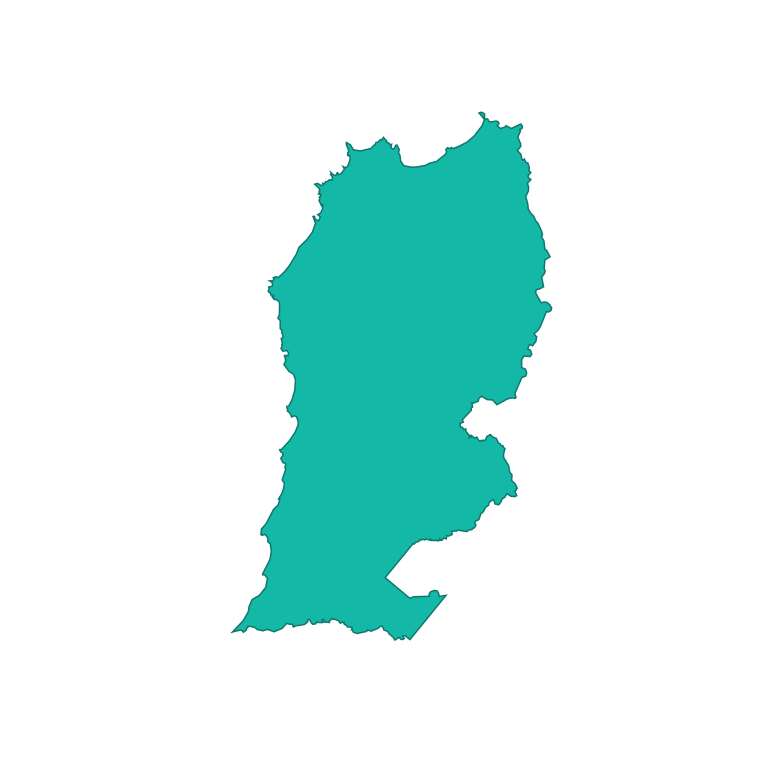 the district of Ahanta West Municipal, Western, Ghana, rotated 129°
{"feature_id": "2480657B81057694902297", "entity_name": "Ahanta West Municipal", "entity_type": "district", "adm_level": 2, "iso_a3": "GHA", "parent_name": "Ghana", "parent_adm1": "Western", "projection": "natural_earth1", "projection_center": [-1.968, 4.851], "detail": "fine", "context": "isolated", "style": "filled", "palette": "teal", "viewbox_px": 768, "rotation_deg": 129, "n_neighbors": 0, "source": "geoboundaries", "source_scale": "gbopen_adm2", "svg_char_len": 6168}
<svg xmlns="http://www.w3.org/2000/svg" viewBox="0 0 768 768"><g transform="rotate(129 384 384)"><path d="M378.7,224.1L374.1,227.3L373.4,230.8L369.0,235.8L365.9,244.6L363.1,247.1L358.1,249.3L358.1,251.4L357.2,252.6L358.1,255.2L357.4,256.2L357.8,257.9L355.6,262.6L356.7,265.7L356.4,269.6L359.9,271.0L364.1,269.9L365.4,271.7L366.4,271.5L366.6,273.0L368.0,273.4L368.0,276.0L366.8,278.3L369.1,279.8L369.0,283.8L369.6,284.3L370.3,283.2L370.5,284.2L372.0,284.2L370.1,285.4L369.4,290.2L367.4,292.3L369.3,293.3L368.4,295.6L369.2,297.4L366.8,300.2L363.8,298.3L362.4,300.6L349.5,299.6L347.8,301.1L346.0,300.7L343.5,303.9L342.9,302.6L338.0,299.9L335.6,301.2L332.2,300.6L331.2,294.0L328.0,289.5L329.1,283.3L317.8,278.6L314.2,275.9L312.7,273.1L311.3,273.0L309.1,276.3L292.1,281.0L288.8,278.9L285.7,280.0L283.4,283.4L284.6,287.4L278.5,292.3L274.1,292.9L270.7,287.7L267.9,287.9L265.5,291.5L266.3,294.5L261.7,295.8L260.9,292.6L255.2,292.8L251.2,295.1L250.8,298.6L249.5,298.9L245.9,298.1L241.1,298.6L225.6,303.3L224.4,301.4L221.8,300.5L219.4,301.5L218.0,305.4L218.1,308.7L219.5,311.2L222.0,312.9L218.2,322.6L216.6,324.5L214.1,324.8L212.6,323.1L208.0,321.2L201.7,328.8L196.8,328.9L194.6,330.0L193.3,332.4L186.3,337.1L180.6,335.0L177.8,341.7L177.9,343.9L172.1,349.8L170.5,354.4L168.3,354.7L166.0,357.8L162.1,365.7L161.8,368.7L159.4,373.2L158.9,377.8L157.1,382.2L153.5,385.7L149.2,391.8L143.3,393.2L139.9,395.6L137.8,398.9L132.7,398.5L132.8,401.5L131.7,403.1L127.2,403.0L127.2,405.3L124.0,407.8L121.8,411.1L122.4,413.6L120.8,416.5L122.7,416.9L122.4,418.5L119.3,422.2L118.7,427.2L113.3,427.3L111.3,429.1L107.9,435.4L101.8,437.0L100.7,438.6L98.7,437.5L96.5,438.7L95.9,441.4L105.3,445.8L106.4,451.7L108.3,451.7L112.2,454.4L112.1,458.5L109.2,458.5L108.4,460.5L109.1,462.4L113.3,466.0L113.8,467.6L112.8,470.2L114.3,472.3L114.1,473.3L110.7,475.8L111.5,479.4L113.6,480.7L115.1,472.7L116.7,471.8L121.5,470.3L134.7,470.0L143.5,471.6L152.1,475.3L157.5,478.4L158.2,479.6L157.7,480.3L159.4,480.8L160.5,483.4L163.0,483.5L164.2,481.4L166.6,480.8L178.0,483.2L183.7,487.5L188.4,489.6L194.6,495.0L198.0,498.7L201.9,505.9L200.2,511.4L196.2,515.6L195.1,518.3L192.1,519.8L190.2,524.2L190.9,525.1L194.7,524.2L196.0,525.3L195.8,527.4L193.1,528.9L194.4,529.3L193.7,531.1L194.3,534.7L193.4,535.0L192.7,539.7L196.0,539.2L196.3,540.6L199.9,540.8L201.3,542.2L204.0,541.4L204.9,542.2L209.0,542.3L217.5,548.7L221.3,555.1L219.2,560.7L220.0,565.2L221.6,564.0L225.2,557.7L226.9,557.8L229.1,556.2L229.1,555.5L228.3,555.8L228.6,553.4L231.5,551.3L237.4,549.3L240.2,550.0L240.8,552.6L241.9,549.9L248.1,549.8L249.8,551.1L249.0,552.9L249.5,553.4L251.2,552.4L253.3,554.1L253.1,558.5L253.9,557.3L254.6,557.5L255.6,554.3L258.2,552.5L259.5,554.8L263.3,555.9L263.6,556.8L265.6,556.0L266.6,558.0L267.7,556.8L269.1,557.1L270.0,562.1L272.4,563.6L272.8,557.5L274.1,555.4L274.9,555.8L276.7,554.2L277.5,554.5L277.1,552.7L276.4,553.2L276.6,551.9L278.8,551.3L279.5,551.9L280.5,550.3L282.2,550.1L284.6,545.2L283.8,545.6L283.2,544.5L286.6,541.9L291.0,540.9L294.1,542.1L294.2,538.6L298.4,537.5L299.3,541.2L297.4,543.5L298.5,544.6L302.1,538.4L311.1,535.2L320.4,534.8L331.2,536.1L338.3,533.8L351.8,532.0L359.5,532.0L367.3,533.0L369.2,536.0L369.8,535.5L371.1,536.9L371.9,535.4L373.8,535.5L375.9,537.8L375.5,534.7L377.3,532.9L378.6,532.5L381.2,534.7L382.0,533.1L384.4,532.7L385.2,531.3L384.6,530.0L386.1,527.9L384.6,525.9L385.5,524.6L386.6,525.7L387.4,522.4L386.6,521.9L385.9,518.5L386.9,516.0L395.9,508.9L399.6,507.9L400.0,504.6L406.4,499.4L406.4,497.2L408.5,495.7L410.5,492.0L413.5,492.4L416.1,488.7L417.9,488.1L418.1,487.1L421.2,486.4L422.2,483.3L419.2,480.6L419.8,477.7L422.6,476.5L424.0,479.0L425.0,479.1L426.0,476.9L428.7,474.6L431.8,474.1L434.0,465.9L433.4,460.3L436.4,455.5L445.0,449.4L454.1,445.6L460.9,444.2L462.5,445.3L463.7,444.6L464.5,442.5L465.7,442.2L465.9,438.5L467.8,435.0L465.0,433.6L464.5,431.3L467.2,427.0L470.0,424.9L477.7,422.6L488.0,421.8L499.3,422.4L500.7,423.8L501.7,421.9L501.5,419.0L503.2,417.7L506.7,417.4L508.7,413.2L507.8,410.7L508.5,409.7L511.4,408.3L512.5,406.5L521.9,403.1L523.0,402.2L523.5,399.3L527.6,396.6L533.2,394.5L539.8,393.5L539.2,392.7L540.2,391.9L544.6,390.1L550.9,390.9L566.7,387.7L573.7,388.0L578.4,385.0L578.4,383.6L575.9,382.1L576.1,379.2L577.7,376.3L579.6,375.3L579.8,371.8L584.6,366.5L592.1,362.2L608.0,358.8L608.6,358.2L607.4,356.6L608.3,352.3L616.5,347.9L626.6,347.8L634.4,350.8L641.6,348.9L646.5,346.1L656.5,344.4L672.1,345.7L665.6,340.8L665.0,339.2L665.4,337.0L661.6,336.1L660.8,337.1L658.7,336.7L658.0,337.4L657.2,336.5L654.6,331.7L654.5,327.8L652.0,322.8L648.0,320.1L645.7,313.5L637.9,309.3L631.3,309.0L630.0,305.9L628.1,303.9L629.8,302.1L629.5,301.1L628.1,300.9L620.8,294.4L616.9,293.6L615.1,294.8L613.8,293.8L615.4,290.2L615.5,288.0L613.3,286.2L610.9,286.5L610.8,285.1L608.1,281.6L607.3,281.4L606.5,283.6L605.1,283.3L605.2,281.5L606.3,280.3L603.7,276.4L603.3,277.1L598.9,277.0L599.0,275.4L598.2,275.1L596.4,269.9L597.3,268.5L597.1,267.0L595.9,267.0L594.2,265.0L595.3,264.7L595.7,263.5L595.2,262.4L595.7,259.1L594.6,258.3L593.4,255.3L595.5,254.6L595.0,254.0L596.2,251.6L594.8,247.9L587.2,241.8L585.4,241.9L584.2,238.5L577.7,234.9L574.4,234.2L573.3,232.9L575.2,229.3L573.9,225.1L574.9,223.5L575.1,217.4L576.1,214.4L571.5,212.9L571.7,209.9L570.6,208.5L569.0,208.1L568.1,210.8L566.3,209.1L566.3,203.0L509.2,202.8L514.4,207.4L512.2,210.0L511.4,212.6L512.9,215.1L516.3,217.1L518.8,216.8L520.4,215.1L530.7,227.1L534.3,229.1L533.8,261.2L489.7,261.0L489.5,259.8L487.0,259.7L484.6,257.9L482.1,258.0L482.1,257.2L480.1,256.0L479.6,254.3L478.2,253.8L476.3,249.7L475.4,250.2L475.7,248.7L473.1,245.2L471.5,244.5L472.1,243.5L470.4,242.3L469.2,243.0L469.6,241.4L468.9,240.6L466.1,240.6L465.2,238.2L462.1,239.7L461.7,238.2L458.1,236.3L455.7,238.7L452.7,235.1L451.1,234.7L446.6,226.8L443.6,225.9L441.7,224.0L440.3,224.3L439.0,223.2L435.7,223.8L434.8,226.0L433.2,226.6L429.6,224.9L424.3,227.0L420.4,226.4L416.0,227.5L412.5,226.4L410.2,227.8L405.7,226.8L405.2,225.5L407.4,222.3L405.6,218.8L401.3,219.0L399.4,220.0L396.2,218.9L391.8,219.4L391.4,214.8L389.0,211.3L387.2,210.6L385.0,214.8L383.5,214.5L382.3,215.3L381.3,214.7L379.1,219.1L378.7,224.1Z" fill="#14b8a6" stroke="#0f766e" stroke-width="1.5"/></g></svg>